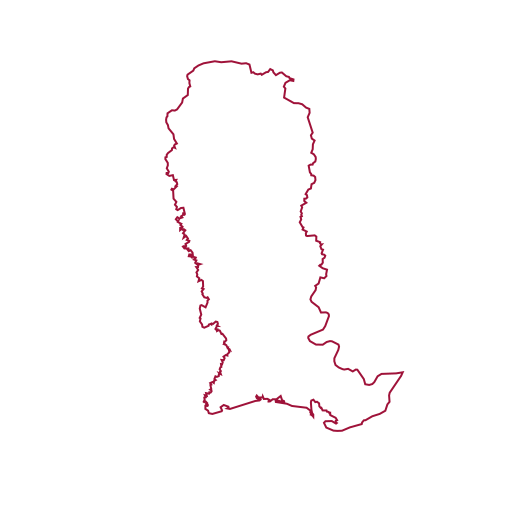 the district of El Litoral Del San Juán (Docordó), Chocó, Colombia, rotated 245°
{"feature_id": "7082276B60850908313742", "entity_name": "El Litoral Del San Juán (Docordó)", "entity_type": "district", "adm_level": 2, "iso_a3": "COL", "parent_name": "Colombia", "parent_adm1": "Chocó", "projection": "orthographic", "projection_center": [-77.053, 4.269], "detail": "fine", "context": "isolated", "style": "outline", "palette": "rose", "viewbox_px": 512, "rotation_deg": 245, "n_neighbors": 0, "source": "geoboundaries", "source_scale": "gbopen_adm2", "svg_char_len": 6106}
<svg xmlns="http://www.w3.org/2000/svg" viewBox="0 0 512 512"><g transform="rotate(245 256 256)"><path d="M415.0,231.2L411.9,231.5L408.6,230.7L401.2,232.6L396.7,231.2L391.4,231.8L391.4,229.6L390.7,228.5L388.3,228.3L389.4,227.4L389.0,225.4L387.5,224.5L386.5,219.8L385.5,217.9L383.5,216.9L383.7,215.6L382.1,214.8L377.7,215.4L375.4,214.4L373.2,212.2L369.2,212.6L368.3,211.6L369.0,210.1L368.1,209.5L365.2,211.3L364.4,214.8L359.5,213.8L358.7,215.9L357.7,214.6L356.4,215.4L354.4,215.0L353.4,212.7L352.6,213.5L351.2,209.6L352.5,208.2L351.9,207.4L350.2,208.5L342.8,205.5L338.7,206.7L336.7,204.2L333.9,205.1L332.1,203.5L330.7,204.4L331.2,208.3L330.4,210.6L324.1,209.3L323.7,208.7L324.7,208.1L326.3,208.4L324.0,207.3L323.6,204.9L322.1,205.4L322.4,202.4L324.4,201.1L323.2,198.9L321.1,199.6L321.0,200.8L319.9,199.5L316.7,201.9L316.1,200.6L313.5,201.8L313.0,201.1L313.5,199.2L311.5,198.2L311.9,200.0L310.5,200.8L310.8,201.9L309.2,202.8L307.5,199.5L305.6,200.4L303.1,198.1L303.7,201.2L300.6,201.7L299.8,200.1L297.9,202.0L297.1,201.3L296.7,197.2L294.6,197.0L294.1,196.1L294.0,195.1L295.4,194.9L295.4,193.8L293.1,194.3L291.4,198.0L290.4,197.8L290.4,196.7L288.8,197.1L288.9,199.2L285.9,199.9L284.0,199.3L285.6,196.2L284.2,195.0L283.1,196.8L281.8,197.3L282.8,198.3L281.3,199.4L280.0,199.3L280.2,201.6L279.0,198.3L277.2,200.1L275.5,198.0L273.2,199.1L274.0,199.9L272.2,202.0L272.4,199.9L270.5,198.8L271.2,197.2L267.8,197.7L266.3,195.1L264.1,195.0L262.5,193.8L259.7,195.2L257.4,193.2L257.4,196.4L255.7,197.3L250.7,195.2L249.5,193.3L248.2,194.5L246.9,191.8L244.6,191.9L244.0,191.2L240.4,191.7L238.8,193.7L239.0,194.7L236.7,195.0L236.1,193.2L234.3,192.4L230.8,188.6L234.5,185.9L234.6,184.7L232.1,182.8L226.0,181.6L223.7,178.8L222.8,179.3L220.5,177.5L216.7,178.2L214.5,177.5L212.9,178.8L212.8,183.5L213.8,184.3L213.6,186.2L212.7,186.7L213.5,187.3L212.6,188.4L213.6,191.8L212.5,193.1L210.6,192.8L209.6,191.2L208.8,191.7L209.1,191.1L207.0,188.4L205.7,188.9L205.7,189.8L204.5,189.1L204.5,190.9L203.6,191.7L199.9,191.7L199.7,192.7L193.9,194.0L192.2,193.5L191.5,191.6L191.9,191.1L190.7,190.2L189.6,190.5L189.5,189.9L187.8,191.4L185.4,191.4L185.0,192.1L184.1,191.4L182.7,192.6L181.5,192.6L182.4,191.8L180.0,191.1L179.1,188.5L177.9,188.0L179.0,186.8L178.5,184.0L176.7,184.4L175.2,182.7L176.3,180.9L173.7,180.9L172.1,179.4L172.8,178.6L170.1,177.7L170.1,176.6L168.7,175.2L166.6,175.5L166.3,174.5L163.8,174.2L165.3,173.0L164.2,173.1L164.2,172.2L162.9,171.5L163.0,169.4L164.1,168.4L162.1,166.3L160.6,167.0L160.5,165.2L158.8,164.1L160.2,163.3L160.2,160.8L158.3,161.1L158.3,160.1L154.5,159.3L154.3,158.0L153.0,158.8L152.1,158.5L151.4,157.1L152.2,156.1L151.1,155.2L152.8,152.8L150.1,152.3L151.4,150.8L149.2,150.7L149.5,149.3L147.4,148.7L146.0,147.0L145.4,147.3L145.4,148.9L143.5,149.5L143.2,148.3L142.3,148.0L141.9,149.3L141.2,149.4L140.6,148.7L141.6,146.8L138.8,145.5L136.1,147.2L133.5,146.8L131.3,149.7L129.8,159.3L130.4,160.0L133.9,160.0L134.6,163.8L131.1,167.3L130.1,167.1L130.0,165.5L128.4,167.7L124.9,194.2L123.6,198.1L124.2,200.4L124.3,198.6L126.8,196.7L128.5,196.7L129.2,197.7L126.8,198.4L125.0,202.1L125.9,202.8L123.1,202.7L121.7,206.0L118.8,208.1L118.4,207.0L119.3,205.1L118.9,205.6L118.3,207.2L119.1,210.6L117.5,214.0L118.7,219.2L114.3,218.7L112.6,220.1L111.4,219.8L116.4,213.9L116.3,212.6L115.3,212.3L109.0,221.6L104.9,225.2L97.1,237.7L92.8,240.0L91.3,239.1L89.8,239.4L89.2,238.8L88.9,239.3L88.4,238.2L88.5,239.5L86.2,240.0L88.1,240.9L89.9,240.5L93.1,241.2L100.2,243.9L101.6,245.0L101.5,247.3L98.5,248.0L98.1,249.7L95.8,250.9L93.0,249.9L90.8,250.5L90.8,251.1L87.9,251.1L86.2,254.6L85.0,254.5L83.9,256.0L82.4,256.1L82.4,256.9L80.4,256.1L75.7,259.8L72.9,260.1L72.9,258.6L71.7,257.9L70.5,258.6L70.3,257.7L74.4,254.9L76.9,249.1L76.1,247.1L70.8,247.2L65.0,252.4L63.1,255.8L61.3,260.1L61.0,268.7L59.0,280.8L60.3,281.8L61.5,284.3L60.9,285.8L61.6,293.7L60.6,301.4L61.1,307.8L66.0,312.4L67.4,315.4L73.4,317.7L75.6,319.4L86.0,336.8L88.6,339.8L90.4,333.4L96.1,319.9L95.6,315.4L91.7,309.9L90.8,307.3L91.3,304.1L93.6,300.8L98.9,301.7L110.1,299.8L110.9,298.5L110.5,294.9L114.8,291.8L115.8,288.0L116.9,286.6L120.0,283.9L123.6,282.0L127.5,282.5L130.2,283.8L136.1,290.9L138.8,293.0L140.9,293.3L146.6,288.8L147.6,287.1L148.2,283.7L147.4,279.0L150.4,272.9L156.1,268.9L159.7,268.7L160.9,269.5L161.5,272.3L161.0,285.6L163.2,289.1L170.7,296.7L172.4,297.3L174.1,296.8L175.4,295.5L177.3,291.0L183.1,291.1L191.0,287.0L193.7,287.0L196.0,289.0L199.9,295.6L202.1,297.2L203.9,297.0L204.6,301.1L209.4,305.3L207.0,308.4L208.1,311.4L209.9,311.9L213.6,314.6L216.7,311.3L220.4,309.2L220.9,310.6L220.5,311.6L221.7,313.7L225.1,315.1L225.5,317.4L227.0,318.9L228.3,318.4L229.7,316.6L230.7,316.6L233.4,319.4L234.5,318.2L237.7,318.4L238.7,320.6L239.0,319.8L240.6,319.4L241.4,320.0L244.4,317.0L248.1,318.9L249.9,317.9L252.5,310.7L253.4,310.0L255.6,310.8L256.7,312.3L260.3,309.4L261.8,311.1L262.7,310.4L268.1,309.9L270.0,312.4L272.7,312.9L272.7,314.4L274.2,314.4L275.3,315.6L277.4,315.3L280.6,318.4L282.5,318.3L283.0,324.1L285.5,323.0L287.5,324.0L286.9,325.6L287.4,327.3L289.6,327.9L291.1,327.1L294.1,331.5L294.0,334.3L297.6,336.7L297.7,339.7L299.7,342.0L302.6,343.0L304.5,342.2L305.8,340.2L307.1,340.7L309.0,340.2L315.6,341.9L315.8,344.1L314.9,345.9L316.0,347.0L316.6,349.7L318.6,351.2L320.5,351.9L323.7,351.4L326.2,349.7L328.8,352.5L333.2,354.8L335.9,357.9L338.8,356.2L342.2,356.8L343.8,359.5L359.9,361.5L363.1,365.1L366.8,366.5L369.3,364.1L374.0,362.0L376.5,359.1L378.5,355.0L387.7,348.4L395.4,353.4L397.7,352.8L400.5,355.9L401.0,360.9L398.9,363.8L400.2,364.6L403.0,361.6L404.4,361.5L406.1,359.4L411.4,357.0L412.0,355.1L411.5,350.5L415.0,349.4L417.1,349.7L419.4,347.9L417.7,344.7L418.3,342.8L417.8,337.8L419.3,337.4L419.9,334.3L421.7,332.1L423.7,331.2L424.0,329.3L432.3,331.0L434.9,328.5L436.4,324.2L442.8,316.1L446.3,306.4L449.9,301.0L452.8,289.9L453.0,284.4L452.2,279.4L450.5,277.5L449.3,270.6L448.1,269.6L445.2,269.1L443.3,270.0L440.9,268.7L437.5,268.1L437.4,266.5L436.4,265.1L430.7,262.2L429.6,256.3L426.3,253.9L422.2,246.4L422.1,243.9L423.6,241.4L422.7,236.1L420.0,234.7L419.5,233.5L417.5,232.1L415.0,231.2Z" fill="none" stroke="#9f1239" stroke-width="2"/></g></svg>